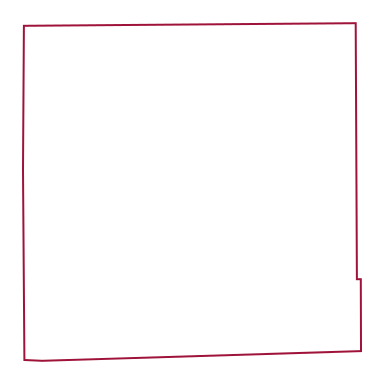 the district of Grundy, Missouri, United States of America
{"feature_id": "52423323B63054850520902", "entity_name": "Grundy", "entity_type": "district", "adm_level": 2, "iso_a3": "USA", "parent_name": "United States of America", "parent_adm1": "Missouri", "projection": "albers", "projection_center": [-93.583, 40.113], "detail": "fine", "context": "isolated", "style": "outline", "palette": "rose", "viewbox_px": 384, "rotation_deg": 0, "n_neighbors": 0, "source": "geoboundaries", "source_scale": "gbopen_adm2", "svg_char_len": 228}
<svg xmlns="http://www.w3.org/2000/svg" viewBox="0 0 384 384"><path d="M24.4,360.0L42.1,360.8L361.0,351.1L360.8,279.2L356.9,279.2L355.7,23.2L23.9,25.8L23.0,169.7L24.4,360.0Z" fill="none" stroke="#9f1239" stroke-width="2"/></svg>